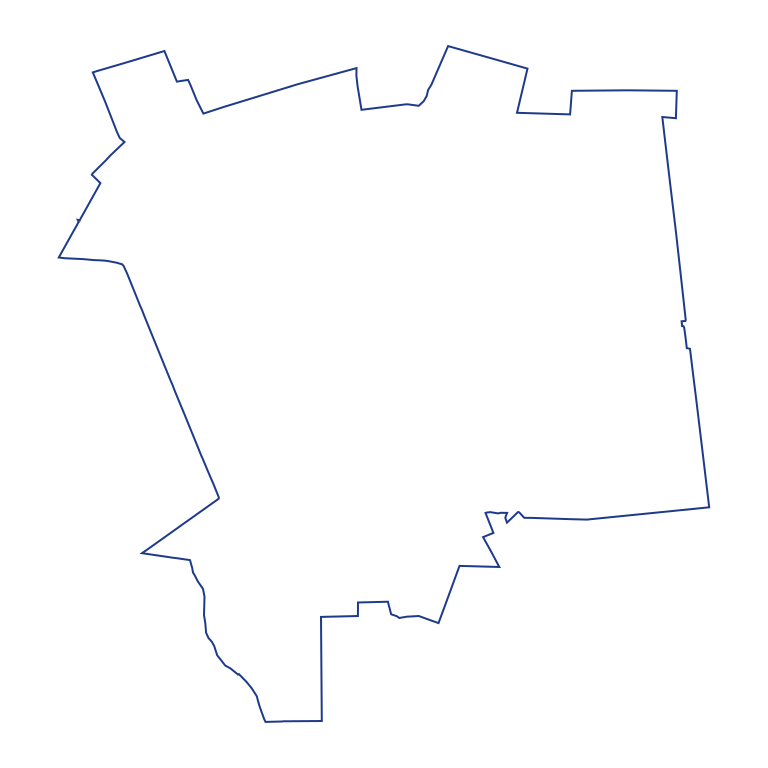 Tecuci, Galati, Romania
{"feature_id": "2599482B52877412326619", "entity_name": "Tecuci", "entity_type": "district", "adm_level": 2, "iso_a3": "ROU", "parent_name": "Romania", "parent_adm1": "Galati", "projection": "albers", "projection_center": [27.399, 45.839], "detail": "fine", "context": "isolated", "style": "outline", "palette": "blue", "viewbox_px": 768, "rotation_deg": 0, "n_neighbors": 0, "source": "geoboundaries", "source_scale": "gbopen_adm2", "svg_char_len": 2746}
<svg xmlns="http://www.w3.org/2000/svg" viewBox="0 0 768 768"><path d="M188.1,79.9L179.0,81.3L176.9,81.6L174.9,76.7L164.4,51.0L120.5,64.2L97.9,70.8L92.8,72.4L93.0,72.8L105.2,101.8L117.1,132.3L119.7,137.9L124.5,142.0L110.3,155.5L107.8,158.2L105.3,160.9L99.4,166.7L93.6,172.5L92.7,173.3L91.8,174.7L100.4,183.1L80.1,219.5L79.8,220.4L77.7,219.9L78.7,222.1L78.2,222.7L77.8,223.5L76.7,225.5L73.2,231.7L59.0,257.1L58.8,257.5L64.4,258.2L83.0,259.1L94.1,260.1L99.4,260.3L104.7,260.6L108.3,261.1L117.1,262.8L119.3,263.5L122.2,264.3L123.8,266.2L125.4,269.9L125.8,270.5L126.3,271.7L127.1,273.5L129.1,278.4L137.4,299.0L139.7,304.8L140.6,306.9L141.1,307.9L141.5,308.8L141.7,309.3L141.9,309.7L143.8,314.7L169.2,377.2L171.0,381.5L171.7,383.1L172.0,383.7L172.1,384.0L172.3,384.4L174.4,389.9L177.2,396.8L183.6,412.2L198.7,449.2L199.7,451.8L201.0,455.0L203.1,459.6L203.3,460.2L205.3,465.0L206.9,468.8L208.2,471.9L213.9,485.1L215.2,488.4L216.8,492.4L218.8,497.3L218.7,498.7L198.2,513.3L195.0,515.6L183.4,523.8L174.6,530.1L173.9,530.6L156.2,543.2L145.2,551.0L144.6,551.4L143.1,552.4L142.0,553.2L173.5,557.8L176.2,558.1L190.0,560.1L192.3,568.4L193.0,572.6L194.5,574.9L197.7,581.2L199.2,583.4L203.0,588.9L204.5,596.6L204.0,615.1L205.3,623.2L206.1,632.8L208.2,637.4L208.3,637.8L212.0,642.0L214.2,646.0L217.2,655.3L225.2,665.5L230.4,668.4L238.1,674.6L238.9,674.1L246.7,682.1L251.8,688.4L256.9,696.4L257.8,700.2L259.7,706.7L264.2,719.2L265.5,721.9L282.1,721.5L283.1,721.3L321.8,721.0L321.0,616.9L350.6,616.2L357.9,616.0L358.0,602.5L381.3,601.9L381.8,601.9L383.8,601.8L385.5,601.8L387.9,601.7L388.3,603.2L388.6,604.6L389.0,606.2L389.2,606.9L389.5,607.8L390.3,611.0L390.6,612.2L390.9,613.2L391.2,614.3L396.5,616.1L397.3,616.5L399.3,618.0L400.9,617.7L401.9,617.5L402.5,617.4L404.5,617.1L406.6,616.7L415.6,616.2L418.8,616.0L421.5,617.0L432.3,620.9L438.5,623.1L445.4,604.5L459.5,565.9L496.5,566.9L499.3,567.0L492.0,553.2L483.1,537.1L493.4,532.9L488.6,520.7L486.3,515.0L485.9,513.9L485.5,513.0L486.5,512.6L490.5,512.1L491.3,512.3L498.1,513.4L500.6,512.8L507.1,512.9L505.7,516.5L505.3,517.9L507.0,522.6L512.7,517.2L517.9,512.1L519.2,512.3L524.2,517.8L532.1,517.9L568.4,519.1L586.8,519.6L709.2,507.3L703.2,457.2L696.5,401.7L692.3,367.9L690.0,348.8L686.8,348.1L685.2,334.8L684.2,327.7L683.5,326.2L682.1,326.1L681.6,321.3L683.5,321.1L685.4,321.0L685.7,319.7L683.9,303.3L680.2,270.0L675.8,230.7L670.0,182.5L662.3,117.0L675.9,118.2L675.9,117.9L676.8,90.8L627.9,90.3L571.9,90.8L570.1,114.4L517.0,112.8L527.5,68.6L448.1,46.1L431.4,84.7L428.1,90.0L426.7,96.0L423.7,101.2L418.7,105.8L407.7,104.3L405.3,104.4L361.5,109.8L357.6,86.4L356.4,75.7L356.5,68.1L297.8,84.2L223.3,107.1L203.4,113.6L197.9,102.7L196.4,99.6L190.5,85.1L188.1,79.9Z" fill="none" stroke="#1e3a8a" stroke-width="2"/></svg>